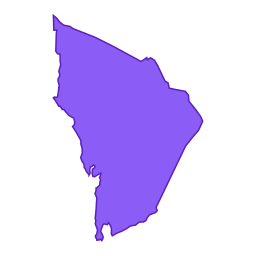 Guerrou, Assaba, Mauritania
{"feature_id": "47542326B49231245131640", "entity_name": "Guerrou", "entity_type": "district", "adm_level": 2, "iso_a3": "MRT", "parent_name": "Mauritania", "parent_adm1": "Assaba", "projection": "equal_earth", "projection_center": [-12.078, 16.876], "detail": "fine", "context": "isolated", "style": "filled", "palette": "violet", "viewbox_px": 256, "rotation_deg": 0, "n_neighbors": 0, "source": "geoboundaries", "source_scale": "gbopen_adm2", "svg_char_len": 1764}
<svg xmlns="http://www.w3.org/2000/svg" viewBox="0 0 256 256"><path d="M112.3,235.8L116.9,233.1L121.5,231.3L127.0,228.4L128.3,227.4L129.0,226.9L130.8,225.9L135.6,225.1L138.9,222.3L139.0,222.3L140.9,222.0L143.5,222.0L145.9,220.6L147.3,217.6L149.4,214.9L155.4,212.6L157.2,210.8L156.4,208.4L156.0,207.6L185.6,146.0L192.5,137.3L198.6,130.2L202.7,121.2L200.6,116.4L195.6,109.5L188.9,101.2L188.5,95.3L185.4,91.4L184.0,91.1L174.0,89.2L169.3,88.2L168.0,82.8L165.0,81.1L157.6,65.5L154.5,60.3L150.6,57.8L147.4,59.8L146.8,57.6L141.1,61.5L113.4,46.5L94.8,37.2L73.0,28.6L69.9,26.4L63.5,25.1L59.7,22.0L56.8,18.3L53.4,15.4L53.8,30.2L56.8,30.2L56.3,33.4L55.8,51.4L57.7,53.9L60.0,54.1L60.1,57.4L60.1,60.8L60.7,64.9L58.8,71.2L59.6,73.8L59.6,76.2L58.0,79.1L58.1,81.3L59.3,85.5L59.0,87.7L58.8,86.6L58.6,90.0L57.6,96.5L56.6,97.5L54.5,97.0L53.3,98.0L54.6,99.4L59.0,106.4L60.2,106.2L62.3,109.5L64.0,109.5L65.5,111.6L68.9,115.5L73.7,118.1L74.6,121.0L74.4,124.8L72.5,126.5L76.9,133.3L80.9,140.7L80.9,144.1L82.1,148.2L82.3,152.8L80.7,157.6L81.9,161.0L84.0,164.1L84.2,167.7L85.1,168.5L86.3,171.4L89.1,174.9L89.1,175.0L90.1,173.3L89.8,169.4L90.4,167.2L91.4,166.7L93.8,165.0L95.0,166.2L94.4,167.9L92.5,169.1L92.0,173.0L92.9,176.4L94.6,176.8L97.6,174.9L100.7,173.2L100.7,174.9L99.5,177.5L100.7,180.4L99.9,181.6L99.7,185.2L97.3,187.4L97.3,187.5L96.1,187.9L96.0,190.8L95.0,193.5L96.9,198.1L96.5,201.9L96.2,208.2L95.2,218.8L95.8,220.3L95.3,223.9L97.5,229.9L97.0,232.9L96.7,233.9L95.5,235.8L95.4,236.5L95.8,237.8L96.7,238.5L96.7,240.1L99.2,240.0L100.6,239.2L101.8,240.6L102.7,239.0L103.2,237.3L102.5,235.0L100.7,231.3L101.1,229.4L103.1,224.5L104.2,223.9L107.4,224.7L108.4,222.7L109.6,224.1L111.3,227.7L111.5,231.9L111.2,233.6L112.3,235.8Z" fill="#8b5cf6" stroke="#5b21b6" stroke-width="1.5"/></svg>